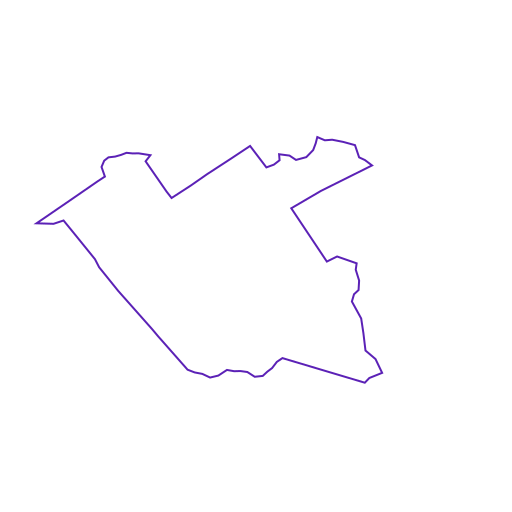 Santa Maria do Herval, Rio Grande do Sul, Brazil (Mercator projection), rotated 140°
{"feature_id": "56859067B89103119002015", "entity_name": "Santa Maria do Herval", "entity_type": "district", "adm_level": 2, "iso_a3": "BRA", "parent_name": "Brazil", "parent_adm1": "Rio Grande do Sul", "projection": "mercator", "projection_center": [-50.978, -29.471], "detail": "fine", "context": "isolated", "style": "outline", "palette": "violet", "viewbox_px": 512, "rotation_deg": 140, "n_neighbors": 0, "source": "geoboundaries", "source_scale": "gbopen_adm2", "svg_char_len": 1098}
<svg xmlns="http://www.w3.org/2000/svg" viewBox="0 0 512 512"><g transform="rotate(140 256 256)"><path d="M254.1,89.0L247.6,89.7L234.5,85.4L230.7,100.2L232.9,113.2L223.3,127.9L215.6,140.5L211.8,159.5L205.5,163.7L199.3,164.0L192.8,170.9L188.4,181.4L183.6,185.7L194.2,203.5L205.3,206.2L198.3,269.9L164.3,264.1L108.9,250.8L110.9,259.5L113.6,265.3L108.9,277.3L115.9,287.4L122.9,296.1L128.9,300.4L132.6,307.7L137.9,303.9L144.1,300.4L153.9,299.4L163.6,303.9L165.8,311.4L172.9,319.1L176.4,314.2L183.6,314.5L191.1,317.2L189.8,344.1L212.9,346.7L240.8,350.1L260.8,351.9L283.4,354.7L283.1,362.9L279.7,399.5L272.1,401.1L280.0,410.2L284.5,413.8L288.9,418.3L294.4,420.2L300.0,422.7L305.6,426.4L311.0,426.6L317.1,423.5L320.7,414.0L329.3,415.0L360.0,417.9L403.1,422.1L390.4,410.8L380.6,406.9L380.8,392.3L381.4,357.1L383.4,348.2L384.0,317.8L382.6,266.7L382.6,257.3L381.5,212.9L377.8,206.2L372.9,200.2L369.3,192.4L361.7,188.6L351.5,187.4L346.8,181.8L341.9,177.9L337.2,172.7L334.6,164.3L327.9,159.8L321.7,160.1L315.7,159.8L308.1,161.5L301.4,160.8L254.1,89.0Z" fill="none" stroke="#5b21b6" stroke-width="2"/></g></svg>